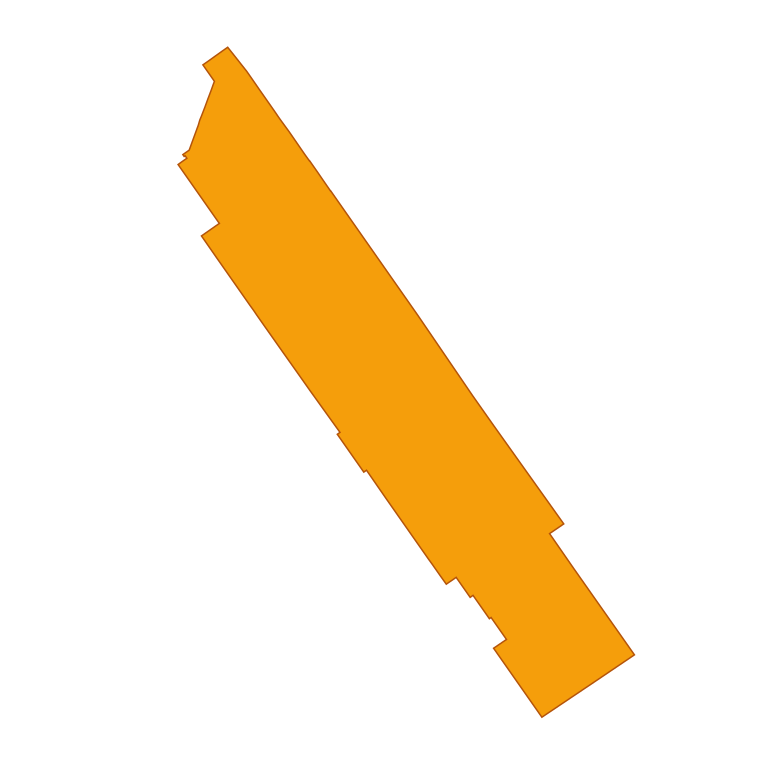 the district of Kalgoorlie-Boulder, Western Australia, Australia, rotated 55°
{"feature_id": "25037944B94303413523862", "entity_name": "Kalgoorlie-Boulder", "entity_type": "district", "adm_level": 2, "iso_a3": "AUS", "parent_name": "Australia", "parent_adm1": "Western Australia", "projection": "robinson", "projection_center": [123.082, -30.776], "detail": "fine", "context": "isolated", "style": "filled", "palette": "amber", "viewbox_px": 768, "rotation_deg": 55, "n_neighbors": 0, "source": "geoboundaries", "source_scale": "gbopen_adm2", "svg_char_len": 1741}
<svg xmlns="http://www.w3.org/2000/svg" viewBox="0 0 768 768"><g transform="rotate(55 384 384)"><path d="M749.5,334.2L643.4,334.4L601.5,334.2L601.7,317.0L480.8,318.0L444.1,318.1L347.1,316.9L346.3,316.9L256.6,316.9L223.8,316.9L211.8,316.9L195.2,316.9L195.2,317.1L181.9,317.0L173.1,316.9L163.0,316.9L158.5,316.9L158.5,317.1L150.7,317.2L122.9,317.0L107.9,317.3L104.1,317.3L97.2,317.2L85.6,317.2L71.5,317.2L57.3,317.1L53.7,317.1L50.0,317.1L48.8,317.1L45.7,317.3L30.0,318.2L18.5,318.9L18.5,325.5L18.7,344.1L18.7,346.8L18.7,348.7L18.7,349.3L25.0,349.3L26.0,349.3L28.0,349.3L31.0,349.3L32.2,349.3L37.2,349.3L38.8,349.3L41.2,352.8L43.7,356.3L48.9,363.9L49.0,364.1L52.3,368.8L54.4,371.8L59.7,379.7L62.2,383.6L65.1,387.2L65.4,387.6L65.5,387.7L65.7,388.0L66.0,388.4L66.3,388.8L66.4,389.0L67.7,390.9L68.3,391.7L68.7,392.3L77.5,404.9L79.4,407.6L80.7,409.5L80.7,412.5L80.7,414.8L80.7,417.2L83.0,417.2L83.0,416.0L85.6,416.0L86.0,416.0L86.0,421.8L86.1,426.8L87.6,426.8L88.4,426.8L90.5,426.8L93.1,426.8L94.6,426.8L95.8,426.8L97.2,426.8L98.5,426.8L99.9,426.8L101.2,426.8L102.1,426.8L103.5,426.8L104.9,426.8L112.8,426.8L122.8,426.8L132.1,426.8L140.0,426.8L144.2,426.8L149.8,426.8L153.5,426.8L156.3,426.8L158.0,426.7L158.0,448.6L184.7,448.7L196.4,448.7L212.4,448.7L242.4,448.7L248.9,448.6L254.4,448.7L258.1,448.7L263.5,448.7L266.8,448.7L301.7,448.6L318.6,448.5L347.2,448.4L364.5,448.2L398.4,447.8L398.4,451.1L444.6,451.1L444.6,447.8L479.6,448.0L479.9,448.0L500.7,448.0L530.6,448.0L552.6,448.0L559.1,447.9L573.4,447.9L583.7,447.8L583.8,435.8L608.2,435.8L608.2,432.3L611.9,432.3L615.2,432.3L636.7,432.3L636.7,430.2L644.9,430.2L653.1,430.2L663.5,430.2L663.3,445.8L747.5,445.8L748.7,382.7L749.5,334.2Z" fill="#f59e0b" stroke="#b45309" stroke-width="1.5"/></g></svg>